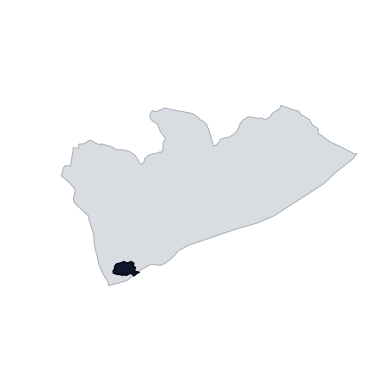 Garwula, Grand Cape Mount, Liberia (highlighted), rotated 299°
{"feature_id": "62588387B58887581868104", "entity_name": "Garwula", "entity_type": "district", "adm_level": 2, "iso_a3": "LBR", "parent_name": "Liberia", "parent_adm1": "Grand Cape Mount", "projection": "mercator", "projection_center": [-11.139, 6.773], "detail": "fine", "context": "in_parent", "style": "filled", "palette": "ink", "viewbox_px": 384, "rotation_deg": 299, "n_neighbors": 0, "source": "geoboundaries", "source_scale": "gbopen_adm2", "svg_char_len": 4373}
<svg xmlns="http://www.w3.org/2000/svg" viewBox="0 0 384 384"><g transform="rotate(299 192 192)"><path d="M69.7,164.6L72.9,161.9L77.5,153.3L84.0,145.0L90.1,140.1L94.9,135.1L99.9,131.2L107.2,126.7L118.3,114.8L120.9,113.4L122.7,105.2L125.5,94.6L128.7,91.4L136.3,89.4L138.1,87.6L140.8,80.2L142.5,71.6L142.6,69.7L145.6,69.5L150.7,67.7L153.7,68.5L155.0,71.0L155.7,73.1L171.1,67.7L172.5,66.6L173.3,66.8L175.2,71.6L176.3,71.3L177.3,69.9L178.3,69.8L179.5,70.4L180.7,72.7L182.7,74.7L186.0,76.2L188.2,78.1L187.9,83.3L188.7,88.3L190.2,89.5L191.0,92.5L191.4,95.8L192.2,97.5L192.7,100.9L192.4,104.4L193.0,106.9L195.5,111.3L197.0,116.7L197.0,120.6L196.2,124.6L194.5,128.4L191.6,132.4L191.4,134.0L193.1,135.1L195.7,135.3L197.9,134.4L203.3,136.3L206.2,139.0L208.7,142.3L211.0,143.9L212.0,146.0L215.9,145.4L220.4,143.4L221.3,142.5L222.7,143.0L225.6,143.2L227.6,139.6L229.2,135.4L232.7,131.0L234.5,129.2L234.9,126.3L235.1,122.6L236.4,119.4L239.3,117.7L242.4,117.7L244.1,118.3L244.9,121.5L247.4,123.8L249.6,125.5L250.7,126.1L252.5,128.0L254.2,134.3L260.9,154.5L260.5,160.1L259.2,163.8L259.2,167.3L258.7,170.9L254.6,176.6L242.6,188.5L243.5,189.5L246.4,190.8L249.3,191.5L251.8,191.2L254.8,194.1L258.0,197.8L261.4,199.8L266.4,201.5L270.7,201.7L274.4,201.0L279.6,201.7L285.2,204.8L287.1,209.9L288.5,214.3L290.4,216.5L290.6,220.4L294.6,223.7L300.2,224.4L307.5,228.3L309.3,228.1L310.1,227.6L311.0,228.4L312.8,239.7L314.3,245.8L313.5,248.2L312.5,250.1L312.5,259.3L309.2,264.5L308.6,270.3L307.7,272.2L304.2,273.9L304.2,278.3L303.2,283.6L302.9,289.3L303.8,304.2L304.0,315.3L305.6,317.4L298.8,316.5L278.6,308.0L263.1,303.2L211.1,275.4L196.7,264.3L180.1,247.7L143.0,214.2L134.6,208.9L123.9,206.2L117.4,203.4L112.7,200.3L108.9,191.0L99.7,185.5L82.6,177.7L69.7,164.6Z" fill="#d9dde1" stroke="#a8b0b8" stroke-width="1"/><path d="M90.5,181.8L91.4,182.2L92.7,182.7L93.0,182.8L93.4,183.0L94.5,183.5L95.2,183.9L95.5,184.2L95.6,184.3L95.9,184.6L96.1,184.2L95.9,183.8L95.8,183.6L95.7,183.2L95.7,182.9L95.4,182.2L95.1,181.7L94.9,181.3L94.7,180.9L94.8,180.6L95.0,180.5L95.1,180.4L95.6,180.0L95.7,179.9L95.9,179.7L96.0,179.6L96.5,179.5L96.8,179.5L97.2,179.5L97.4,179.3L97.5,179.3L97.8,179.3L98.0,179.3L98.3,179.2L98.3,178.9L98.4,178.7L98.5,178.6L98.7,178.3L98.7,178.1L98.4,177.3L98.4,177.1L98.5,176.8L98.8,176.6L99.1,176.2L99.3,176.0L99.5,176.0L99.9,176.1L100.5,175.8L100.6,175.7L100.6,176.0L100.8,176.1L101.0,176.0L101.2,175.8L101.2,175.6L101.2,175.4L101.3,175.1L101.5,174.9L101.6,174.6L101.7,174.3L101.7,174.0L101.6,173.9L101.7,173.6L101.5,173.4L101.4,173.3L101.4,173.0L101.4,172.9L101.4,172.7L101.4,172.1L101.1,172.1L100.9,171.9L100.7,171.8L100.5,171.7L100.3,171.7L99.7,170.9L98.6,169.8L98.2,168.8L98.1,166.7L98.0,166.0L97.9,166.0L97.7,166.0L97.3,165.6L97.0,165.4L96.7,165.1L96.4,164.9L95.9,164.5L95.0,163.6L94.9,163.6L94.7,163.3L94.4,162.9L94.2,162.8L94.1,162.7L93.7,162.3L93.3,161.9L93.0,161.5L92.8,161.3L92.6,161.1L92.2,161.0L92.2,160.9L91.9,160.9L91.5,160.7L91.3,160.6L91.1,160.5L90.8,160.5L90.6,160.5L90.3,160.6L89.8,160.7L89.5,160.8L89.3,160.8L89.0,160.7L88.7,160.7L88.6,160.8L88.3,161.5L88.2,161.5L88.0,161.4L87.8,161.6L87.7,161.6L87.4,161.6L87.3,161.8L87.2,162.0L87.1,161.9L86.9,161.8L86.8,162.0L86.6,161.9L86.5,161.7L86.3,161.6L86.1,161.4L86.0,161.5L86.0,161.8L85.8,161.8L85.7,161.8L85.5,161.7L85.4,161.6L85.3,161.8L85.4,162.0L85.2,162.1L85.1,161.9L84.9,161.8L84.7,161.7L84.5,161.8L84.3,161.7L84.3,161.9L84.2,162.0L83.9,162.3L83.7,162.3L83.4,162.2L83.2,162.3L83.1,162.5L83.3,162.5L83.5,162.5L83.4,162.7L83.3,162.9L83.2,163.0L83.3,163.3L83.2,163.5L83.6,163.9L83.6,164.1L83.6,164.4L83.4,164.5L83.5,164.8L83.4,165.2L83.4,165.3L83.6,165.3L83.5,165.5L83.8,165.9L83.8,166.1L84.0,166.3L84.3,166.5L84.5,166.9L84.4,166.9L84.0,167.4L84.0,167.5L84.6,168.0L84.9,168.2L84.9,168.3L84.9,168.6L85.0,168.9L85.0,169.2L85.0,169.3L85.2,169.5L85.2,170.4L85.2,171.1L85.3,171.2L85.5,171.1L85.8,171.0L86.0,171.4L86.2,171.8L86.3,172.0L86.5,172.4L86.4,172.6L86.3,172.9L86.6,173.1L87.0,173.2L87.3,173.4L87.4,173.5L87.5,173.6L87.6,173.9L87.6,174.0L87.7,174.3L87.6,174.6L87.2,174.8L87.3,175.0L87.6,175.0L87.9,175.0L88.0,175.1L88.3,175.4L88.2,175.6L88.4,175.8L88.6,175.9L88.8,176.0L89.1,176.2L89.3,176.1L89.5,175.9L89.6,176.1L89.7,176.4L90.1,176.9L90.5,177.1L91.0,177.5L91.0,177.9L91.1,178.0L91.1,178.4L91.2,178.9L91.2,179.3L91.1,179.9L90.8,180.7L90.6,181.4L90.5,181.8Z" fill="#0f172a" stroke="#020617" stroke-width="1.5"/></g></svg>